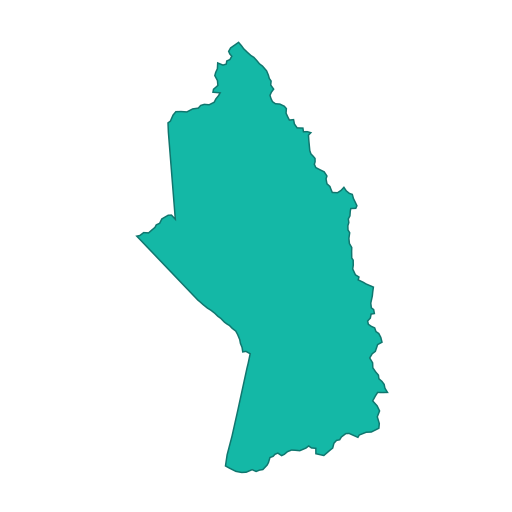 Tunas do Paraná, Paraná, Brazil (Robinson projection), rotated 264°
{"feature_id": "56859067B8300212409648", "entity_name": "Tunas do Paraná", "entity_type": "district", "adm_level": 2, "iso_a3": "BRA", "parent_name": "Brazil", "parent_adm1": "Paraná", "projection": "robinson", "projection_center": [-48.893, -24.939], "detail": "fine", "context": "isolated", "style": "filled", "palette": "teal", "viewbox_px": 512, "rotation_deg": 264, "n_neighbors": 0, "source": "geoboundaries", "source_scale": "gbopen_adm2", "svg_char_len": 2883}
<svg xmlns="http://www.w3.org/2000/svg" viewBox="0 0 512 512"><g transform="rotate(264 256 256)"><path d="M61.3,206.5L50.4,203.7L47.8,207.4L43.9,213.5L42.2,219.2L42.0,223.7L43.9,229.8L41.7,233.6L42.7,237.1L42.9,240.5L46.9,245.2L49.3,246.8L54.1,248.8L55.0,252.1L56.8,254.1L57.7,257.1L54.8,260.6L55.8,263.4L58.1,266.8L59.3,271.0L58.8,274.2L57.8,279.2L59.8,285.7L61.6,288.5L59.3,291.1L58.5,295.4L53.1,294.9L50.5,302.6L55.4,309.7L57.0,312.2L61.6,313.9L64.2,316.8L64.5,320.0L67.1,322.0L70.0,326.8L69.8,330.1L65.0,338.4L67.2,340.0L69.2,347.2L68.9,352.3L71.9,360.2L76.5,361.1L83.4,359.8L89.0,362.7L94.3,360.8L99.7,356.9L104.2,360.0L107.6,362.7L107.0,367.4L106.6,372.5L111.1,370.4L115.0,370.0L118.0,368.2L121.1,365.4L124.7,365.3L128.0,363.0L132.6,360.5L137.6,360.8L142.7,358.4L146.6,361.3L148.7,364.7L155.2,367.7L157.1,372.3L162.0,371.6L166.1,370.0L168.3,367.4L172.1,366.5L174.0,363.3L176.3,360.6L179.7,360.2L182.3,363.2L186.2,364.4L186.4,367.7L190.4,367.4L192.4,365.3L197.1,365.2L204.1,367.5L207.9,368.3L212.8,369.5L216.7,362.5L218.6,360.0L221.6,355.1L224.3,356.2L226.9,352.9L233.0,350.8L236.8,351.8L241.7,352.2L244.0,351.0L250.8,351.6L254.4,352.1L258.6,350.2L263.8,350.2L269.3,351.6L272.3,350.2L276.5,350.5L279.5,351.8L283.2,351.7L286.1,353.6L290.6,354.4L293.3,355.2L293.0,360.2L295.4,361.6L299.2,360.3L303.0,358.9L307.2,358.2L308.5,355.4L311.3,352.6L315.1,350.6L312.4,347.5L310.4,343.7L311.2,338.5L314.9,337.4L317.4,336.8L320.4,334.1L325.4,333.7L328.1,334.9L332.6,332.6L335.3,328.3L337.7,324.7L341.1,323.6L343.5,324.6L346.8,324.9L349.1,323.4L351.8,321.3L355.1,320.5L365.0,320.6L370.7,320.8L372.9,323.4L374.3,320.0L374.6,316.2L378.3,316.0L379.1,310.3L383.3,308.0L387.7,307.6L387.7,303.4L390.8,302.2L394.9,300.8L399.4,301.6L402.0,299.8L404.6,295.6L405.4,291.2L407.8,288.5L411.2,287.3L414.4,286.7L417.4,288.5L420.1,291.0L424.5,288.5L428.4,289.3L431.1,287.8L434.6,287.2L439.0,285.9L444.2,282.3L446.8,279.5L450.3,277.2L453.8,274.6L455.9,271.9L459.7,268.5L463.4,265.4L466.5,263.6L470.3,261.0L465.6,252.5L462.4,250.2L459.6,251.1L457.2,252.8L454.1,250.6L453.0,247.3L450.0,246.5L449.3,243.1L452.0,238.1L446.3,237.2L442.8,235.1L439.7,233.9L434.5,236.0L429.6,235.9L426.3,231.2L423.4,230.3L422.0,237.4L419.4,235.5L416.4,232.5L413.3,230.5L411.3,225.2L412.2,220.4L411.5,216.7L409.1,214.1L408.9,208.4L406.5,202.3L407.5,196.6L407.9,191.4L404.9,188.3L399.0,184.9L397.6,182.4L388.3,181.8L301.0,179.6L305.5,176.2L305.7,172.9L304.1,169.3L302.7,166.2L298.6,163.6L297.4,160.1L295.0,158.5L292.8,155.2L290.2,151.6L291.0,146.7L288.5,142.6L288.2,139.5L218.2,193.6L216.1,195.7L213.2,198.3L209.3,202.2L207.0,205.2L203.4,209.0L200.0,211.8L197.7,214.4L193.5,217.7L191.4,220.0L189.7,222.3L186.4,224.9L183.5,228.0L179.9,229.5L174.5,231.1L170.7,231.4L166.5,232.6L162.0,232.8L162.2,236.0L159.4,240.0L150.1,237.0L145.7,235.4L104.8,221.9L79.3,213.3L61.3,206.5Z" fill="#14b8a6" stroke="#0f766e" stroke-width="1.5"/></g></svg>